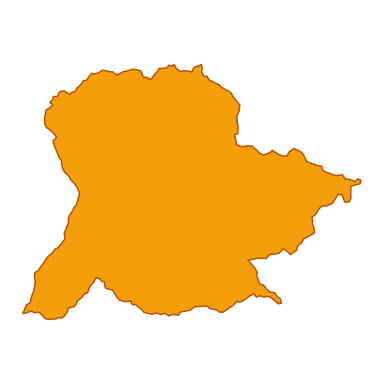 outline of Dilermando de Aguiar, Rio Grande do Sul, Brazil
{"feature_id": "56859067B57866316427698", "entity_name": "Dilermando de Aguiar", "entity_type": "district", "adm_level": 2, "iso_a3": "BRA", "parent_name": "Brazil", "parent_adm1": "Rio Grande do Sul", "projection": "mercator", "projection_center": [-54.164, -29.81], "detail": "fine", "context": "isolated", "style": "filled", "palette": "amber", "viewbox_px": 384, "rotation_deg": 0, "n_neighbors": 0, "source": "geoboundaries", "source_scale": "gbopen_adm2", "svg_char_len": 3063}
<svg xmlns="http://www.w3.org/2000/svg" viewBox="0 0 384 384"><path d="M23.0,313.3L26.0,313.0L31.4,311.1L34.5,312.8L39.1,312.2L42.1,315.3L45.5,318.8L49.3,319.4L56.2,318.8L59.2,317.3L61.7,318.0L64.1,316.4L67.6,311.5L68.0,308.2L74.0,306.7L75.9,304.3L77.5,300.6L80.7,298.5L84.6,293.8L87.6,292.7L89.6,287.0L93.9,281.9L95.8,278.0L98.7,278.2L101.7,281.2L104.2,281.9L104.7,285.8L106.0,288.5L112.8,290.1L116.6,296.7L119.2,299.9L124.9,301.7L130.6,301.1L132.3,304.6L134.9,304.3L141.6,309.4L143.8,312.3L152.1,314.3L156.6,313.1L161.3,314.6L164.2,313.3L169.4,315.9L172.7,314.3L178.5,315.1L180.6,312.0L190.0,310.2L194.5,306.8L206.7,306.0L210.3,308.7L216.3,309.8L219.5,312.1L223.1,312.1L233.2,305.3L236.5,301.7L241.0,301.9L245.4,299.2L249.4,296.2L253.9,293.8L256.4,297.1L259.5,295.7L264.0,297.2L267.3,296.4L270.6,297.2L278.3,303.8L281.2,303.3L280.5,299.0L277.8,297.2L274.8,292.8L270.2,292.0L267.7,290.3L263.5,285.1L259.5,283.8L258.2,279.6L256.5,275.8L257.4,272.8L255.7,269.2L248.3,260.3L257.5,258.2L266.3,258.5L269.5,254.6L278.8,253.4L283.3,248.7L287.5,251.7L290.4,254.6L296.9,249.9L297.3,246.5L301.4,242.9L303.7,238.9L314.4,232.9L314.1,228.1L312.6,225.3L312.5,220.7L312.0,217.3L314.3,215.4L316.6,213.1L318.1,209.9L320.7,207.1L323.1,205.6L326.5,206.0L332.5,203.3L338.1,194.3L342.1,194.9L344.8,202.0L349.1,202.0L350.8,198.7L350.8,189.6L350.9,186.4L355.8,184.8L359.9,183.9L361.0,180.2L357.6,179.0L354.8,181.7L350.4,179.5L345.3,179.0L342.2,174.5L337.7,175.6L334.6,175.3L325.9,172.1L322.8,170.6L321.7,166.2L317.5,165.6L306.8,161.8L303.9,155.6L300.9,151.8L294.0,148.4L289.1,151.9L287.1,155.8L283.2,156.1L278.3,154.4L272.6,150.4L269.5,152.8L263.3,155.0L259.5,153.1L257.0,150.5L254.4,148.3L252.3,146.0L245.9,146.0L242.4,146.8L236.8,144.9L234.5,134.6L237.7,133.8L238.1,126.7L237.3,123.1L236.8,116.4L239.0,111.3L239.9,105.2L233.5,97.4L230.8,92.5L222.0,87.6L219.2,84.9L209.5,80.2L206.9,76.2L204.3,76.6L201.6,72.1L202.3,68.0L201.4,64.6L197.4,66.2L194.1,67.4L191.7,71.9L188.1,71.1L183.5,70.7L180.2,71.5L176.2,68.4L174.4,64.8L171.3,65.9L168.8,65.2L166.3,68.2L158.8,68.5L157.5,71.4L154.5,74.4L151.8,78.5L149.0,79.1L146.9,77.3L143.4,77.3L140.8,71.0L136.1,69.6L132.1,69.3L129.6,70.3L126.6,71.1L123.7,71.5L116.7,75.1L112.8,71.9L109.1,71.7L106.1,70.7L102.1,70.3L98.6,72.8L95.2,73.9L91.9,73.4L88.8,76.9L86.4,80.4L83.8,80.4L82.1,82.8L79.9,85.6L76.9,88.2L74.7,91.8L71.8,92.2L70.1,94.4L64.8,91.2L61.3,91.0L58.7,93.0L57.4,96.5L53.5,96.5L52.5,99.6L49.9,102.6L52.5,104.4L49.9,107.9L46.1,110.0L45.5,113.8L44.6,117.2L45.0,124.6L46.9,127.8L50.2,130.1L52.8,132.3L56.6,137.2L53.0,140.9L54.3,145.9L57.2,152.5L58.9,157.0L61.5,160.9L62.2,167.2L64.5,172.1L68.5,175.8L71.3,180.3L75.1,184.4L77.5,188.2L79.5,193.1L78.5,197.8L76.4,204.9L74.0,207.5L72.5,211.0L69.1,216.0L68.3,219.6L68.6,222.5L67.2,225.8L65.6,230.0L64.2,233.2L65.0,238.6L62.7,241.9L58.5,247.4L55.0,249.2L52.1,253.2L48.2,256.4L45.4,259.8L43.1,263.7L40.9,266.4L38.7,270.3L35.1,272.4L34.4,276.1L35.2,281.1L34.7,286.1L33.8,290.8L32.2,294.8L30.8,299.2L30.2,302.7L26.6,304.8L24.1,310.4L23.0,313.3Z" fill="#f59e0b" stroke="#b45309" stroke-width="1.5"/></svg>